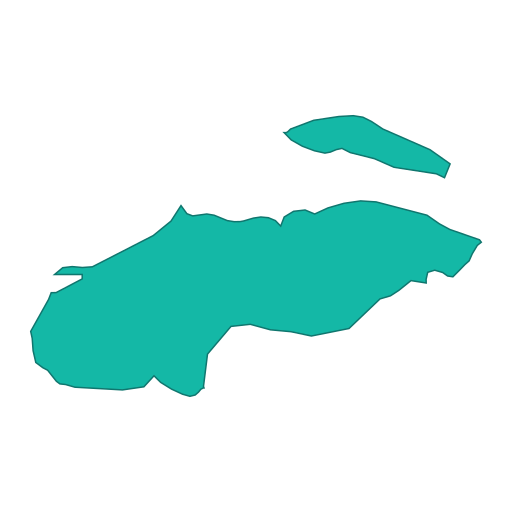 the Department of Nord-Ouest
{"feature_id": "HTI-1361", "entity_name": "Nord-Ouest", "entity_type": "Department", "adm_level": 1, "iso_a3": "HTI", "parent_name": "Haiti", "parent_adm1": "", "projection": "natural_earth1", "projection_center": [-72.992, 19.852], "detail": "fine", "context": "isolated", "style": "filled", "palette": "teal", "viewbox_px": 512, "rotation_deg": 0, "n_neighbors": 0, "source": "natural_earth", "source_scale": "10m", "svg_char_len": 1445}
<svg xmlns="http://www.w3.org/2000/svg" viewBox="0 0 512 512"><path d="M204.0,387.9L203.4,387.9L200.9,389.2L198.5,392.1L195.2,395.0L189.9,396.3L182.5,394.2L171.5,389.1L160.7,382.4L154.0,375.8L143.9,386.8L122.5,389.9L74.9,387.2L65.5,384.5L59.9,383.9L56.4,381.3L47.6,370.2L42.8,367.7L35.8,362.5L33.1,350.7L32.2,338.3L30.7,331.4L48.6,299.4L51.2,292.7L56.1,292.6L82.2,278.9L82.2,274.5L54.6,274.5L62.7,267.7L72.2,266.6L82.4,267.5L92.4,266.8L153.2,235.6L171.0,221.1L181.0,205.6L186.9,213.7L192.7,215.9L206.8,214.0L214.1,215.2L227.3,220.6L234.2,221.7L240.2,221.6L243.5,221.0L253.4,218.1L260.8,217.0L268.4,217.7L275.4,220.6L280.7,226.1L284.2,217.0L293.6,211.3L305.1,210.0L314.7,214.0L328.0,207.9L343.9,203.3L360.6,200.9L376.1,201.9L427.0,215.2L439.5,223.9L449.9,229.5L479.5,239.8L481.3,242.2L477.3,245.4L472.3,253.7L469.1,260.9L465.0,264.5L459.4,270.3L452.9,276.8L447.6,276.0L442.7,272.5L434.7,270.2L427.7,272.3L426.1,279.4L426.2,283.0L411.0,280.6L398.8,290.4L390.5,295.8L380.0,298.9L349.0,328.5L311.4,336.0L291.0,331.7L270.4,329.8L250.3,324.3L231.0,326.4L207.5,354.1L203.5,386.3L204.0,387.9ZM338.9,116.5L353.3,115.7L362.9,117.2L371.5,121.5L382.8,129.0L430.0,149.7L450.1,163.9L444.5,177.7L436.4,173.8L394.1,167.3L374.5,158.7L350.3,152.6L342.0,148.4L336.3,149.6L330.3,152.1L324.9,153.1L314.5,150.8L302.3,146.2L291.2,139.9L284.1,132.6L286.3,132.6L287.7,131.8L290.6,129.0L313.7,120.3L338.9,116.5Z" fill="#14b8a6" stroke="#0f766e" stroke-width="1.5"/></svg>